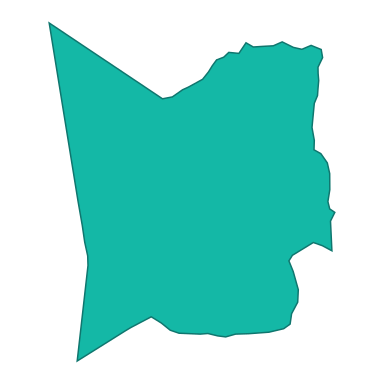 outline of Goianinha, Rio Grande do Norte, Brazil
{"feature_id": "56859067B94338823405962", "entity_name": "Goianinha", "entity_type": "district", "adm_level": 2, "iso_a3": "BRA", "parent_name": "Brazil", "parent_adm1": "Rio Grande do Norte", "projection": "orthographic", "projection_center": [-35.19, -6.288], "detail": "fine", "context": "isolated", "style": "filled", "palette": "teal", "viewbox_px": 384, "rotation_deg": 0, "n_neighbors": 0, "source": "geoboundaries", "source_scale": "gbopen_adm2", "svg_char_len": 936}
<svg xmlns="http://www.w3.org/2000/svg" viewBox="0 0 384 384"><path d="M49.2,23.0L78.1,201.6L82.3,225.6L84.7,242.1L87.7,255.9L88.0,265.5L77.2,361.0L125.7,330.6L130.9,327.5L151.2,316.8L161.3,323.0L170.2,330.2L179.0,333.2L200.2,334.1L207.9,333.5L217.8,335.9L225.7,336.9L235.6,334.1L248.6,333.7L268.9,332.2L283.7,328.7L290.1,324.1L291.6,313.7L297.7,302.2L298.3,289.7L293.2,271.5L288.9,260.9L292.4,255.3L313.3,242.5L322.4,245.7L331.9,250.8L330.5,221.1L334.8,212.4L329.7,208.9L327.9,201.6L329.8,189.7L329.7,173.6L327.3,162.9L320.9,153.7L314.0,149.8L314.3,140.4L312.0,127.5L314.3,103.3L317.5,95.6L318.0,88.5L318.7,80.6L318.1,73.3L318.0,67.2L322.6,57.6L321.2,49.5L311.1,45.4L301.9,49.3L293.4,47.4L282.2,41.9L273.3,45.8L262.4,46.4L253.3,47.0L246.0,42.8L238.9,53.4L228.8,52.4L223.7,57.2L216.6,59.9L212.4,65.6L208.5,71.9L202.6,79.3L188.2,87.2L182.5,89.8L172.4,96.9L162.5,98.8L49.2,23.0Z" fill="#14b8a6" stroke="#0f766e" stroke-width="1.5"/></svg>